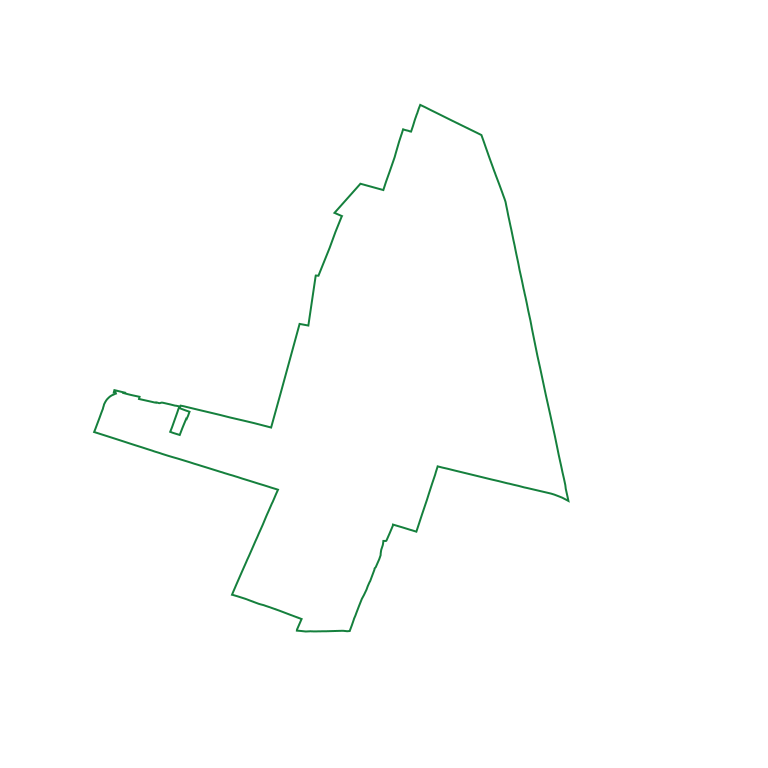 Tomsani, Prahova, Romania, rotated 215°
{"feature_id": "2599482B53047935448287", "entity_name": "Tomsani", "entity_type": "district", "adm_level": 2, "iso_a3": "ROU", "parent_name": "Romania", "parent_adm1": "Prahova", "projection": "mercator", "projection_center": [26.313, 44.945], "detail": "fine", "context": "isolated", "style": "outline", "palette": "green", "viewbox_px": 768, "rotation_deg": 215, "n_neighbors": 0, "source": "geoboundaries", "source_scale": "gbopen_adm2", "svg_char_len": 4786}
<svg xmlns="http://www.w3.org/2000/svg" viewBox="0 0 768 768"><g transform="rotate(215 384 384)"><path d="M514.4,633.4L513.7,630.5L513.4,629.2L513.0,628.0L512.7,626.9L512.4,625.9L512.0,624.7L511.8,623.5L511.4,622.2L511.0,620.8L510.7,619.6L510.0,617.3L508.2,611.8L506.6,606.3L507.4,605.9L508.0,605.7L508.5,605.6L508.9,605.5L509.8,605.2L511.5,604.5L513.2,603.9L514.4,603.6L514.0,602.2L513.6,601.1L513.3,600.0L512.9,598.8L512.6,597.6L512.5,597.4L510.7,591.4L507.0,580.5L505.4,576.0L501.3,561.6L498.5,551.4L498.1,550.0L495.8,542.5L518.2,534.5L518.2,534.2L522.7,495.8L514.8,497.4L514.8,497.2L511.0,480.8L506.6,464.3L501.7,443.2L499.8,435.1L501.5,434.1L502.1,433.7L502.0,433.4L479.5,388.5L487.6,384.8L482.3,370.0L473.6,345.7L463.4,317.2L451.5,283.6L468.1,277.4L477.7,273.6L482.4,271.7L491.1,268.2L500.6,264.6L509.7,261.0L521.0,256.5L529.9,253.0L533.2,251.7L535.3,250.9L538.2,249.6L537.9,248.3L537.6,247.0L534.7,247.7L531.6,248.5L527.4,249.7L526.3,245.7L525.6,242.1L526.1,242.1L525.6,239.9L524.8,236.3L523.9,232.3L522.1,225.1L528.6,223.0L531.7,222.2L532.8,226.9L535.9,238.1L537.2,242.8L537.8,244.7L538.7,248.3L539.4,248.0L540.8,247.4L542.2,246.8L542.8,246.4L543.6,246.1L545.2,245.5L547.3,244.7L549.5,243.8L552.2,242.7L554.4,241.8L555.0,241.5L555.6,241.1L556.0,240.6L556.4,240.1L556.7,239.7L557.1,239.4L557.8,239.1L558.8,238.8L560.0,238.3L559.9,238.0L561.5,237.2L564.5,236.0L573.2,232.4L576.1,231.2L576.9,233.3L583.5,230.5L585.5,229.7L588.6,228.5L591.9,227.3L591.7,228.1L592.7,227.7L597.3,225.9L601.3,224.3L600.8,222.9L600.6,222.4L599.9,223.3L599.6,223.5L598.9,222.9L598.5,222.7L598.1,222.4L598.5,221.9L599.7,219.8L600.5,218.5L601.2,216.8L601.6,215.3L601.9,213.7L602.1,212.3L602.1,211.1L602.0,209.4L601.8,208.0L601.7,207.2L601.5,206.4L601.0,205.2L600.7,204.1L600.0,202.3L599.7,201.0L599.0,198.2L597.7,193.4L596.0,186.8L594.7,181.8L593.9,178.4L589.1,179.9L581.1,182.4L572.4,185.1L564.6,187.5L559.3,189.1L552.5,191.2L548.7,192.4L546.2,193.2L540.6,194.9L535.5,196.5L533.6,197.0L528.1,198.8L525.6,199.5L519.9,201.3L515.1,202.9L510.2,204.6L505.9,206.0L502.8,207.0L498.2,208.5L493.9,209.8L490.3,211.0L486.5,212.2L480.0,214.3L473.7,216.3L469.6,217.6L467.4,218.3L465.7,218.9L463.6,219.5L460.9,220.4L458.7,221.1L455.0,222.4L453.0,223.0L450.6,223.8L445.9,225.2L441.6,226.6L438.2,227.7L434.4,228.9L431.2,229.9L428.4,230.8L424.5,232.1L419.1,233.8L417.7,234.2L415.5,234.9L412.5,235.9L410.2,236.6L410.1,236.1L409.9,235.1L409.3,231.9L408.3,227.2L407.5,223.3L407.3,221.8L406.4,217.4L405.7,213.9L405.0,210.2L404.4,207.3L402.6,199.2L401.4,193.0L400.8,189.8L400.0,186.0L399.1,181.1L398.5,178.2L397.1,171.3L396.0,165.8L395.2,161.3L394.8,159.5L392.8,149.3L389.9,134.9L388.1,126.3L387.6,124.2L386.9,124.5L384.5,125.3L382.1,126.1L374.4,128.5L363.9,131.2L360.5,132.1L358.7,132.7L355.8,133.8L353.6,134.4L350.6,135.3L339.8,138.3L328.3,141.2L316.7,144.2L314.4,132.9L313.9,132.0L311.0,133.7L306.1,136.4L302.5,139.2L299.4,141.2L295.8,143.8L295.0,144.4L289.4,148.4L284.3,152.2L280.0,155.4L276.1,158.3L272.3,160.4L270.4,162.0L270.6,162.7L272.0,168.1L273.7,174.0L273.9,174.5L274.6,177.9L275.4,180.9L277.2,188.1L278.9,195.3L279.4,199.7L280.4,205.6L281.3,208.9L282.1,212.9L282.2,213.5L282.2,214.3L285.4,226.6L285.8,227.2L285.9,227.7L285.7,229.2L287.4,237.7L288.6,241.9L289.3,242.9L290.4,245.0L291.2,246.7L292.5,251.1L293.1,252.5L294.5,255.1L294.1,255.4L292.4,256.5L292.2,257.2L293.8,265.2L295.2,271.7L295.4,272.8L296.0,274.0L286.7,277.1L280.8,279.0L279.2,279.5L276.9,280.3L273.7,281.3L272.8,281.6L273.6,284.3L275.5,290.6L278.2,299.5L282.4,313.8L283.6,317.6L284.3,319.8L287.5,330.2L290.1,339.1L291.0,341.6L292.4,346.1L292.5,346.5L292.8,347.3L288.3,349.0L283.2,351.1L276.4,353.7L269.5,356.4L254.4,362.3L241.3,367.4L234.4,370.2L226.0,373.4L224.2,374.2L219.8,375.9L215.4,377.7L209.9,379.7L207.1,380.9L185.9,389.4L184.1,390.1L181.0,391.1L175.8,392.4L172.8,393.1L166.7,393.9L165.9,394.0L168.0,396.0L170.4,398.2L175.0,402.4L177.5,405.2L182.1,409.5L187.1,414.0L191.9,418.5L195.4,421.7L200.4,426.3L204.9,430.6L214.1,439.3L229.9,453.9L245.0,467.7L264.9,486.3L274.3,494.9L294.8,514.4L295.1,514.7L296.8,516.4L300.5,520.0L307.8,526.7L313.0,531.7L317.7,536.1L320.6,538.7L322.7,540.7L324.2,542.0L328.3,545.9L331.4,548.8L334.9,552.0L338.2,555.0L342.3,559.0L344.5,561.1L350.1,566.3L354.1,570.1L354.7,570.7L356.8,572.7L360.5,576.1L362.6,578.1L364.6,580.0L368.4,583.6L370.6,585.6L373.5,588.3L375.2,589.9L377.6,592.1L379.3,593.7L382.8,597.1L385.9,600.0L388.6,602.6L389.3,603.2L391.6,604.9L394.5,606.9L397.0,608.7L400.6,611.2L401.9,612.1L404.2,613.7L409.2,617.1L412.3,619.2L414.4,620.7L415.5,621.4L420.3,624.8L424.6,627.8L429.4,631.2L433.0,633.8L436.5,636.3L441.9,640.2L447.0,643.8L451.7,643.1L453.6,642.8L470.8,640.1L479.1,638.8L484.4,638.0L497.0,636.1L502.8,635.2L509.2,634.3L514.4,633.4Z" fill="none" stroke="#15803d" stroke-width="2"/></g></svg>